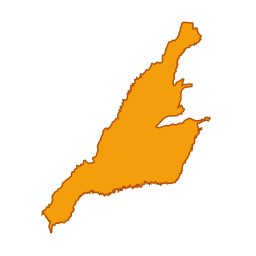 Armenia, Quindío, Colombia, rotated 183°
{"feature_id": "7082276B37596185991621", "entity_name": "Armenia", "entity_type": "district", "adm_level": 2, "iso_a3": "COL", "parent_name": "Colombia", "parent_adm1": "Quindío", "projection": "robinson", "projection_center": [-75.71, 4.492], "detail": "fine", "context": "isolated", "style": "filled", "palette": "amber", "viewbox_px": 256, "rotation_deg": 183, "n_neighbors": 0, "source": "geoboundaries", "source_scale": "gbopen_adm2", "svg_char_len": 5701}
<svg xmlns="http://www.w3.org/2000/svg" viewBox="0 0 256 256"><g transform="rotate(183 128 128)"><path d="M102.2,73.8L102.3,75.1L101.2,75.2L100.1,74.3L98.5,74.4L97.9,75.8L96.3,73.6L95.8,73.6L95.5,74.5L94.9,74.8L94.3,73.5L93.2,73.4L92.3,72.7L91.9,73.2L92.3,74.4L91.2,74.0L90.5,74.8L89.4,74.4L87.2,76.0L86.6,75.9L86.8,74.7L86.2,74.8L85.8,74.3L83.1,75.4L81.7,74.9L79.4,76.1L78.1,76.0L77.2,78.1L76.6,78.4L76.9,78.7L76.4,79.5L75.7,79.4L74.9,80.4L74.6,81.3L74.8,82.0L73.8,83.7L74.2,85.0L72.5,85.5L72.1,87.2L72.5,88.1L71.7,88.5L72.0,90.3L71.4,94.3L70.3,96.2L69.4,96.0L68.9,96.6L69.1,98.4L68.4,98.8L68.3,99.8L67.0,101.2L65.8,104.2L65.1,107.1L63.7,108.9L62.9,108.9L63.1,110.3L63.8,110.6L62.8,110.9L63.3,111.8L62.6,112.4L63.0,113.5L62.4,114.2L63.0,114.8L61.2,115.9L60.7,116.9L61.0,121.5L60.4,121.5L60.3,122.6L59.9,121.9L59.2,122.2L58.7,124.7L57.6,125.4L56.7,126.7L57.7,128.5L57.9,129.8L57.7,130.0L56.4,129.0L55.9,129.9L54.3,130.8L54.7,131.9L56.0,130.8L57.1,131.0L58.9,133.8L58.7,136.4L57.2,136.4L54.0,138.5L50.3,140.0L48.0,139.4L46.8,141.4L46.8,142.6L48.4,142.2L49.2,142.8L50.5,142.7L51.7,142.0L52.5,140.3L54.7,140.5L55.3,139.7L58.8,138.8L62.0,139.0L66.4,140.8L67.5,140.8L72.0,138.3L73.7,135.5L76.5,135.4L80.8,133.5L84.1,134.2L87.3,132.2L90.1,132.4L96.7,129.9L99.4,130.2L100.2,130.9L92.9,139.2L90.5,141.1L87.9,142.1L79.9,142.8L76.8,145.1L75.2,144.7L75.1,146.2L73.8,147.5L72.7,149.8L74.4,150.9L75.7,153.5L79.2,151.0L78.5,153.2L78.2,153.0L77.7,156.5L76.7,158.9L77.0,164.7L76.7,167.3L75.9,169.2L74.4,170.9L72.4,171.8L66.4,172.8L66.4,175.1L70.0,175.1L72.3,174.4L74.2,174.4L76.4,173.5L74.9,179.5L76.2,179.8L78.5,177.8L81.5,176.3L83.3,173.2L84.2,172.6L84.9,173.5L85.5,177.3L84.3,180.2L84.8,182.0L84.5,185.3L83.0,187.2L83.5,189.6L82.3,190.8L82.4,191.9L82.0,192.6L82.4,193.3L81.5,194.2L82.4,195.8L81.9,197.1L82.3,198.9L80.9,200.0L80.7,202.6L78.8,203.5L79.1,204.6L77.6,205.3L76.4,207.2L75.9,207.5L76.2,208.4L75.4,208.8L75.7,209.7L74.8,209.8L74.6,210.5L72.4,211.7L71.1,211.6L70.5,213.2L69.7,213.9L68.5,214.1L67.5,214.9L66.0,214.5L65.7,215.9L64.6,215.3L63.9,216.8L62.4,217.0L61.7,217.9L61.4,218.9L60.0,220.1L61.1,221.3L60.1,222.2L59.9,224.1L61.2,224.7L62.5,225.9L63.6,228.1L64.3,231.2L65.3,231.4L68.3,230.5L68.7,236.1L76.6,236.5L78.7,236.2L80.0,234.2L80.0,232.9L80.8,230.8L80.8,228.1L81.9,226.1L81.9,224.1L83.5,220.5L86.1,217.3L86.9,218.0L87.6,218.0L89.2,216.7L91.8,215.7L94.4,208.0L95.0,203.7L95.6,203.0L96.9,202.7L97.3,201.7L97.4,199.5L96.8,197.4L97.4,195.6L99.3,194.5L102.4,195.2L104.7,192.9L107.0,193.7L107.6,193.6L108.2,191.2L110.2,187.3L110.9,186.9L112.9,187.0L113.5,185.0L114.6,184.1L115.8,182.2L116.4,182.0L117.7,182.9L118.2,182.7L118.3,181.4L117.5,179.5L118.7,180.3L119.3,178.6L120.4,177.6L121.0,177.6L122.0,178.6L122.2,176.8L123.7,176.6L123.4,174.2L123.8,172.9L124.4,172.4L125.9,172.4L125.1,170.2L127.3,170.6L127.1,169.5L127.5,168.5L126.6,166.9L126.9,166.3L127.6,166.4L127.4,164.3L127.9,164.1L129.0,165.1L129.8,163.9L128.9,162.3L130.5,162.2L130.1,159.5L130.6,156.5L131.8,155.7L134.5,156.0L133.9,154.0L135.1,152.7L134.2,151.3L134.9,149.9L136.8,148.8L136.8,148.3L135.6,148.1L135.4,147.3L137.7,145.4L136.3,144.2L137.9,143.4L138.9,140.6L138.5,136.8L140.1,136.8L140.8,136.3L141.8,134.2L143.6,132.9L146.0,128.0L148.7,125.7L149.1,126.7L150.6,126.5L152.5,124.1L153.0,119.7L154.0,118.6L154.7,115.6L154.5,114.7L155.9,112.8L157.5,108.6L156.7,103.5L158.0,100.4L158.3,98.2L159.0,97.2L160.6,97.0L161.7,96.0L161.6,95.0L160.3,93.5L160.1,92.0L164.9,90.5L167.8,91.8L168.9,93.4L170.1,93.3L170.5,93.0L170.6,90.3L171.6,89.2L173.1,89.2L173.3,88.1L174.2,87.1L174.9,87.6L177.1,87.8L176.9,85.4L179.3,83.5L179.3,81.3L181.1,81.4L181.8,80.7L182.0,77.1L183.8,75.4L184.1,74.6L185.8,73.8L190.0,69.8L190.6,68.6L190.7,66.4L192.9,63.9L194.5,63.4L195.2,61.6L197.4,60.3L198.8,58.4L200.1,55.9L199.7,51.5L200.6,47.9L203.0,47.3L203.1,46.6L202.3,45.5L202.6,44.8L204.9,45.0L205.9,42.4L208.9,40.4L209.2,37.4L208.0,38.6L208.0,37.8L206.1,36.8L205.3,34.5L204.2,34.2L203.1,32.1L202.0,31.4L202.2,30.9L200.7,30.4L200.5,29.7L201.1,28.8L201.8,25.1L199.9,21.0L200.0,20.0L199.1,19.5L198.7,20.9L198.9,23.2L198.2,27.4L196.1,27.0L195.0,29.3L193.6,29.0L193.1,29.5L192.3,29.2L190.0,30.5L186.6,30.0L185.4,31.7L182.6,33.1L182.4,34.8L181.7,35.2L181.6,36.1L180.6,36.5L179.9,38.0L180.5,39.9L178.3,41.7L177.6,44.1L178.3,44.3L178.6,45.9L177.6,48.7L176.7,48.9L176.3,50.3L176.7,50.9L176.2,51.1L175.8,52.4L173.9,53.8L173.1,56.6L172.5,56.2L172.1,56.8L172.2,58.0L171.0,57.7L168.9,60.4L168.0,60.1L167.7,61.1L166.0,61.0L165.3,61.5L165.0,60.9L164.0,61.6L162.8,60.9L162.7,62.4L160.9,63.4L160.5,62.3L160.3,63.4L159.4,62.0L159.0,62.9L158.4,62.8L158.5,61.7L154.4,62.3L154.3,61.2L153.4,61.2L152.9,60.3L152.2,61.3L151.4,60.3L150.3,61.4L149.8,61.4L149.1,61.0L149.2,60.2L148.4,60.0L148.3,59.2L147.8,59.0L146.6,60.7L144.7,59.8L143.9,61.4L143.7,60.3L142.6,60.6L142.3,61.8L140.3,62.8L139.7,64.1L139.0,62.7L138.4,62.7L138.5,63.5L137.8,63.3L137.7,64.1L138.4,64.6L138.0,65.1L138.8,65.5L138.4,66.1L136.7,66.0L135.7,66.8L135.1,66.8L134.4,63.9L133.9,64.5L133.8,66.1L132.9,66.4L132.4,67.8L132.2,65.4L131.5,65.8L130.8,65.4L130.4,66.2L130.4,68.4L129.8,69.3L129.3,69.3L129.3,68.3L128.6,67.9L128.2,68.1L128.3,68.9L127.6,68.8L128.0,67.8L127.6,67.4L126.7,68.4L125.5,68.2L124.8,69.3L124.1,68.8L124.2,70.1L122.9,71.0L122.5,69.5L121.6,68.8L120.5,69.1L120.2,68.2L118.9,70.2L118.5,70.2L118.6,69.0L117.9,69.3L116.5,71.6L116.0,70.9L116.0,69.4L115.5,69.2L115.2,69.7L115.5,71.9L115.0,72.0L114.5,71.2L113.9,72.2L113.5,71.9L113.8,70.6L112.3,69.6L112.0,70.2L111.3,70.2L111.5,71.4L110.7,72.0L110.7,73.0L109.6,72.3L108.4,73.0L108.2,73.9L108.9,74.9L108.6,75.5L107.8,74.3L107.3,74.6L107.6,75.3L107.1,75.4L105.7,73.5L104.6,74.1L103.7,73.0L103.1,74.5L102.2,73.8Z" fill="#f59e0b" stroke="#b45309" stroke-width="1.5"/></g></svg>